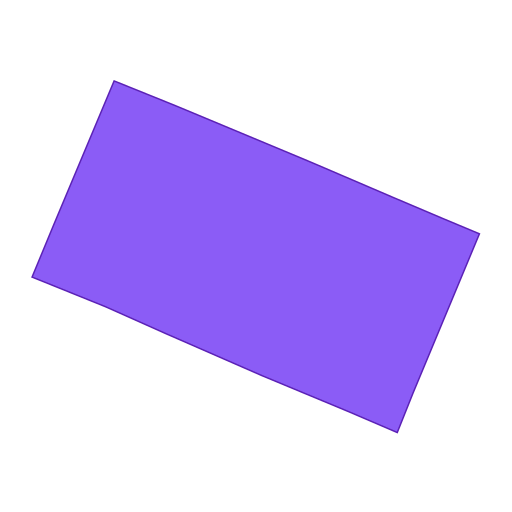 Madison, Indiana, United States of America (Robinson projection), rotated 293°
{"feature_id": "52423323B58463345388651", "entity_name": "Madison", "entity_type": "district", "adm_level": 2, "iso_a3": "USA", "parent_name": "United States of America", "parent_adm1": "Indiana", "projection": "robinson", "projection_center": [-85.696, 40.162], "detail": "fine", "context": "isolated", "style": "filled", "palette": "violet", "viewbox_px": 512, "rotation_deg": 293, "n_neighbors": 0, "source": "geoboundaries", "source_scale": "gbopen_adm2", "svg_char_len": 383}
<svg xmlns="http://www.w3.org/2000/svg" viewBox="0 0 512 512"><g transform="rotate(293 256 256)"><path d="M361.7,57.0L206.1,57.6L149.1,58.1L150.5,137.3L149.3,203.5L148.2,308.4L148.9,401.0L148.7,455.0L191.3,454.1L363.7,453.0L363.5,412.2L363.5,359.5L363.6,332.8L363.7,302.8L363.8,273.4L363.8,266.7L362.9,123.7L361.7,57.0Z" fill="#8b5cf6" stroke="#5b21b6" stroke-width="1.5"/></g></svg>